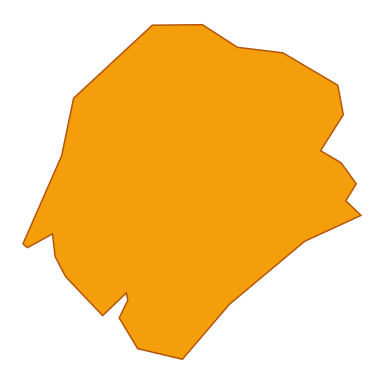 SVG path tracing the border of Tashkent
{"feature_id": "UZB-4828", "entity_name": "Tashkent", "entity_type": "Region", "adm_level": 1, "iso_a3": "UZB", "parent_name": "Uzbekistan", "parent_adm1": "", "projection": "robinson", "projection_center": [69.25, 41.311], "detail": "fine", "context": "isolated", "style": "filled", "palette": "amber", "viewbox_px": 384, "rotation_deg": 0, "n_neighbors": 0, "source": "natural_earth", "source_scale": "10m", "svg_char_len": 442}
<svg xmlns="http://www.w3.org/2000/svg" viewBox="0 0 384 384"><path d="M202.4,24.7L237.4,47.3L283.0,52.9L337.8,85.3L343.3,114.7L320.6,150.7L341.1,162.8L356.3,183.8L345.8,200.8L361.0,215.4L304.8,241.2L229.5,304.2L182.4,359.3L137.7,348.7L119.2,318.0L127.8,300.2L126.4,292.9L102.6,315.6L65.7,276.8L55.1,256.6L52.5,233.9L27.3,247.7L23.0,243.8L61.7,155.6L73.6,98.2L152.3,25.2L202.4,24.7Z" fill="#f59e0b" stroke="#b45309" stroke-width="1.5"/></svg>